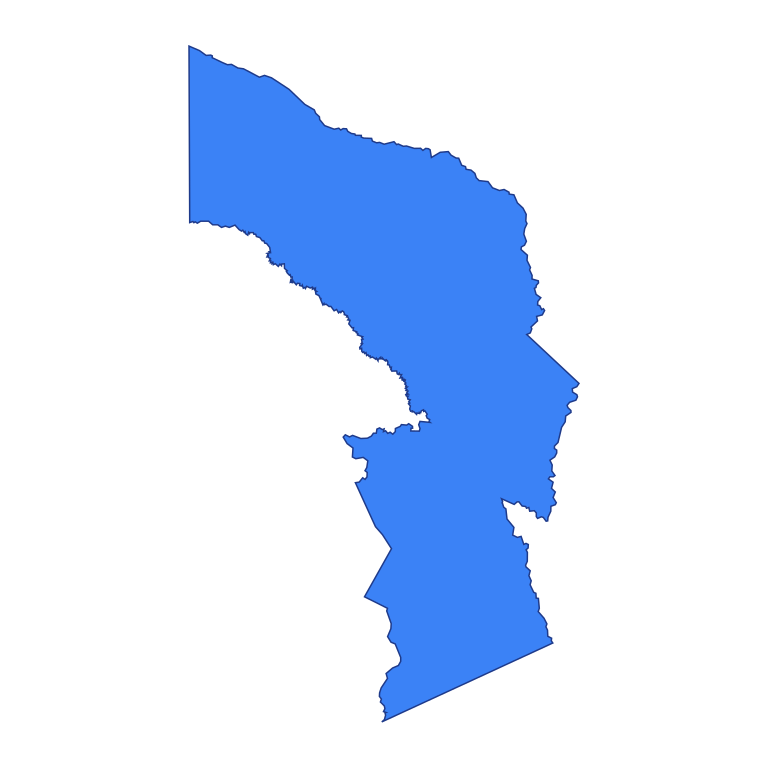 the district of Kalabo, Western, Zambia
{"feature_id": "96606910B70334566672203", "entity_name": "Kalabo", "entity_type": "district", "adm_level": 2, "iso_a3": "ZMB", "parent_name": "Zambia", "parent_adm1": "Western", "projection": "albers", "projection_center": [22.442, -14.856], "detail": "fine", "context": "isolated", "style": "filled", "palette": "blue", "viewbox_px": 768, "rotation_deg": 0, "n_neighbors": 0, "source": "geoboundaries", "source_scale": "gbopen_adm2", "svg_char_len": 6117}
<svg xmlns="http://www.w3.org/2000/svg" viewBox="0 0 768 768"><path d="M579.0,383.4L526.7,334.5L530.3,332.9L531.8,328.8L531.0,327.0L537.5,320.9L536.6,316.4L542.3,314.9L544.6,310.5L543.4,308.7L541.7,309.6L539.8,305.7L537.6,305.0L537.8,301.5L540.8,297.7L536.1,294.4L534.4,288.3L536.0,287.5L536.3,285.3L538.5,282.9L538.3,280.8L532.0,279.0L532.1,275.4L529.6,269.9L530.5,267.5L527.0,260.4L527.4,255.2L521.0,249.5L521.4,246.9L524.5,245.2L526.4,241.3L523.8,234.1L524.7,228.6L527.0,223.6L525.8,221.1L526.2,214.3L523.0,208.1L517.4,202.9L513.9,194.8L509.2,194.1L509.0,192.2L504.1,189.5L499.4,190.5L492.5,187.8L488.0,181.6L479.1,180.6L476.3,177.8L474.9,173.4L471.0,170.1L466.1,169.3L465.5,166.6L461.7,165.3L458.7,158.2L456.0,158.0L451.1,155.2L448.3,151.6L440.2,152.3L431.4,157.5L430.1,149.8L428.4,148.7L425.7,148.4L422.9,150.4L420.6,148.3L414.3,148.4L406.5,146.0L403.3,146.3L398.2,144.0L396.6,144.6L394.0,141.7L384.1,144.2L379.6,142.4L376.6,142.8L372.4,141.1L371.6,138.4L363.7,138.1L361.3,137.1L361.3,135.4L355.4,135.3L354.9,134.0L351.4,133.5L347.8,131.4L346.5,128.8L343.1,128.6L340.7,130.0L338.8,128.2L334.2,129.2L324.6,125.6L319.7,119.6L319.4,116.8L315.7,113.3L314.3,109.9L304.8,104.4L289.0,89.3L271.5,77.8L264.5,75.4L259.4,77.2L243.5,68.8L237.9,68.0L231.5,64.4L227.4,64.7L222.3,62.5L212.2,57.7L212.3,55.9L210.8,55.1L206.1,55.4L199.5,50.6L189.0,46.1L189.7,222.6L192.9,221.5L193.9,222.7L195.2,221.8L197.3,223.2L200.7,221.2L208.6,221.2L212.7,224.8L217.8,224.8L221.5,227.4L225.4,226.1L229.3,227.4L235.0,225.1L239.1,229.6L241.5,231.1L242.8,230.2L244.2,232.4L245.0,231.6L245.6,233.7L247.8,235.2L248.7,232.3L249.6,233.6L250.0,232.6L253.3,232.6L253.8,234.2L255.7,234.2L256.4,236.5L259.9,237.6L262.3,240.8L263.8,240.7L264.7,243.1L266.6,243.5L269.7,247.4L270.4,251.5L269.2,251.7L270.3,252.7L267.2,253.4L268.1,253.9L267.1,256.5L268.3,255.8L268.2,257.4L270.4,258.5L269.3,260.8L270.7,260.6L270.4,262.8L272.5,262.2L272.1,263.5L273.0,263.0L273.3,264.7L275.3,263.7L278.3,266.4L279.9,264.1L281.5,265.7L281.6,264.1L284.3,263.8L284.5,268.4L287.2,270.7L286.3,271.2L287.3,273.0L289.4,275.2L290.2,274.7L290.9,277.1L292.2,277.0L292.0,279.9L290.9,279.4L290.4,282.1L291.9,281.2L291.3,282.4L292.7,282.7L293.1,281.0L296.3,284.8L297.4,283.3L299.8,283.5L299.6,285.5L301.9,286.1L302.3,285.2L303.3,288.2L304.9,287.4L305.4,288.5L306.7,286.3L310.2,288.0L312.4,287.2L312.4,288.7L313.7,287.8L313.2,288.8L314.2,288.3L314.5,289.4L315.4,288.4L315.3,290.5L316.6,291.4L315.5,291.6L315.9,294.1L318.9,295.6L320.4,298.7L321.5,298.4L320.5,299.1L322.9,304.9L324.0,303.5L324.3,304.7L326.1,304.2L329.1,306.5L330.9,306.4L334.1,310.8L336.6,309.5L338.6,312.9L340.0,311.6L340.8,312.6L342.2,310.9L343.6,311.7L344.7,314.3L343.7,314.4L347.3,315.7L346.7,316.9L347.8,316.9L348.7,318.9L347.8,319.9L350.0,320.3L348.8,323.9L352.1,327.9L353.5,327.7L353.1,330.4L356.7,331.8L356.2,332.6L357.9,333.6L357.4,334.9L362.6,336.7L361.8,337.3L363.0,339.1L361.5,339.4L362.1,342.4L361.2,343.6L362.4,343.8L359.7,347.4L360.0,349.0L361.6,348.3L361.8,351.3L362.7,352.4L363.8,351.8L364.6,353.5L366.0,352.6L366.6,355.5L367.9,354.7L369.0,356.3L370.1,355.9L370.3,357.7L372.5,357.0L375.7,359.2L376.3,358.1L378.0,360.8L378.2,359.0L380.8,358.8L379.9,357.8L380.6,357.3L380.6,358.4L382.2,359.0L382.4,358.0L384.5,360.3L386.3,359.7L386.8,360.7L386.1,360.4L385.9,360.9L387.4,360.7L387.9,362.2L387.6,364.7L389.3,365.0L390.0,367.4L391.4,367.2L391.0,368.6L391.9,368.7L390.7,369.2L391.8,371.1L396.7,371.0L397.2,373.8L398.4,374.5L399.3,373.2L399.8,374.7L401.6,374.6L400.0,378.0L402.1,377.5L402.0,380.6L402.9,378.7L403.6,380.7L404.6,379.4L405.4,380.0L404.5,381.6L405.8,383.0L404.8,384.0L406.3,385.6L405.7,386.7L407.3,387.0L405.4,388.5L406.9,389.5L406.0,390.5L408.0,391.1L406.6,393.1L408.2,394.1L405.8,394.7L406.4,396.0L408.2,396.2L407.4,397.0L407.9,399.2L410.2,399.8L408.7,401.9L409.8,403.0L408.5,403.8L410.4,406.0L409.7,409.0L410.6,411.2L412.4,410.9L412.3,411.9L413.8,411.7L416.6,414.4L416.9,413.0L419.5,413.5L419.4,412.4L420.7,412.7L421.3,410.8L423.5,409.8L423.7,411.4L424.9,410.9L427.2,414.2L426.2,415.7L427.2,418.2L429.7,419.6L429.0,421.6L430.0,422.4L420.0,421.4L418.7,424.7L420.0,428.6L419.3,431.1L410.8,431.0L411.0,428.2L412.6,428.2L412.5,426.3L408.7,423.7L406.7,425.1L401.4,424.6L400.2,426.4L395.4,428.5L395.3,431.6L392.8,434.2L390.1,432.2L387.8,433.4L385.6,430.8L383.5,431.6L384.1,428.9L382.3,429.6L379.6,427.9L376.9,429.1L376.3,433.2L373.4,433.2L371.4,436.1L367.4,438.2L360.8,438.5L352.6,435.4L349.5,436.9L345.3,434.8L343.2,437.1L347.1,443.6L353.0,448.0L352.4,457.0L355.8,458.7L363.2,457.4L367.8,460.8L366.8,467.5L365.0,470.7L367.2,472.4L367.0,476.9L365.0,479.4L362.7,477.8L359.2,482.1L355.4,482.7L375.5,526.7L382.5,534.7L391.5,548.7L364.5,596.8L387.5,608.3L386.7,610.9L391.2,623.6L390.9,628.7L387.6,636.6L391.0,642.2L395.2,643.9L400.7,657.4L400.7,661.3L398.4,665.5L392.6,668.0L386.1,673.5L387.5,678.4L381.2,687.9L379.6,692.8L379.4,696.4L381.4,699.1L380.4,702.0L384.3,705.9L384.9,708.7L383.5,711.6L386.1,712.5L385.0,712.9L385.6,715.2L384.4,719.6L381.8,721.9L552.8,643.0L551.3,640.8L551.6,638.2L547.8,636.3L547.5,630.1L545.9,626.8L546.9,623.9L544.0,618.2L538.2,611.6L539.3,608.3L538.4,598.4L536.2,598.1L535.9,593.3L533.7,592.3L530.1,584.8L531.2,580.8L528.9,575.7L530.2,570.8L526.0,566.9L525.6,565.2L527.3,561.3L527.4,552.4L526.1,549.8L528.1,548.0L528.3,544.5L526.0,543.4L523.8,544.4L521.1,536.4L517.4,537.4L512.7,535.1L513.9,527.4L507.0,519.0L505.9,508.9L503.7,507.2L502.3,502.7L501.8,503.5L502.6,501.6L501.5,498.7L514.2,504.4L517.1,501.9L518.9,501.8L522.1,506.0L525.7,506.5L526.5,508.2L528.8,507.5L529.7,511.2L534.3,510.7L536.3,512.9L536.3,516.6L537.6,518.4L541.3,516.8L543.3,517.4L546.1,521.2L547.7,520.9L548.0,517.3L550.8,511.2L550.9,506.3L555.3,504.7L556.3,502.7L553.1,497.5L555.3,492.0L551.5,488.4L553.1,482.2L548.4,478.9L549.9,476.8L553.3,476.8L555.0,475.5L551.8,471.0L552.2,465.0L549.9,460.2L554.7,456.9L556.7,453.0L556.7,450.1L554.4,448.5L554.5,446.0L558.0,442.5L561.6,427.3L565.2,421.8L565.7,416.0L571.0,412.4L570.9,410.5L567.9,407.6L567.1,405.3L569.6,402.3L575.9,400.2L577.5,396.8L576.9,394.7L572.6,392.1L572.3,388.6L576.8,386.7L579.0,383.4Z" fill="#3b82f6" stroke="#1e3a8a" stroke-width="1.5"/></svg>